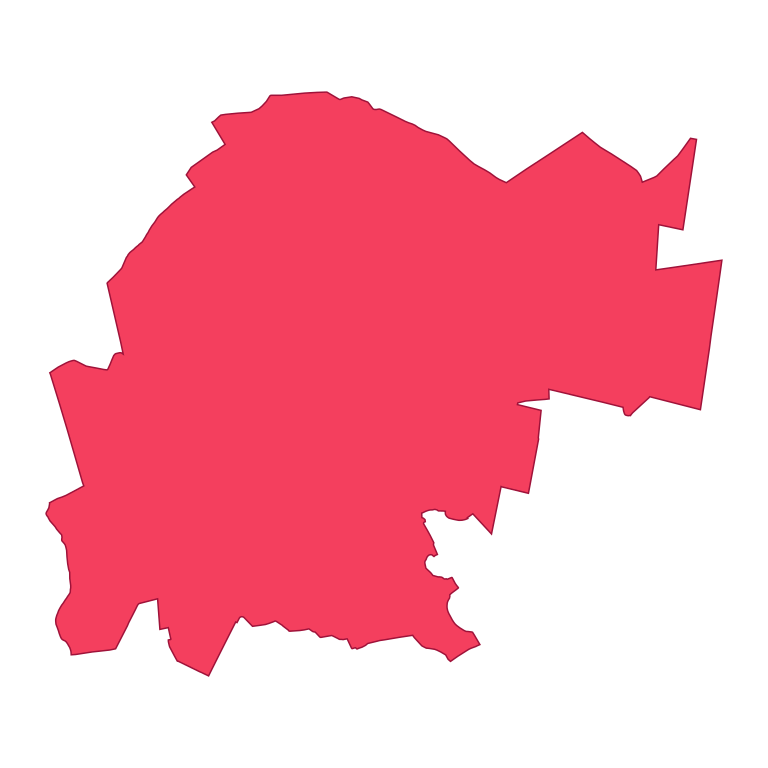 Terebesti, Satu Mare, Romania (Mercator projection)
{"feature_id": "2599482B23663096726600", "entity_name": "Terebesti", "entity_type": "district", "adm_level": 2, "iso_a3": "ROU", "parent_name": "Romania", "parent_adm1": "Satu Mare", "projection": "mercator", "projection_center": [22.739, 47.671], "detail": "fine", "context": "isolated", "style": "filled", "palette": "rose", "viewbox_px": 768, "rotation_deg": 0, "n_neighbors": 0, "source": "geoboundaries", "source_scale": "gbopen_adm2", "svg_char_len": 5989}
<svg xmlns="http://www.w3.org/2000/svg" viewBox="0 0 768 768"><path d="M211.8,122.3L225.1,144.4L217.1,150.1L212.7,152.1L191.2,167.4L186.3,174.9L194.8,187.0L191.8,188.9L183.7,194.3L180.3,197.0L178.8,198.4L177.4,199.3L171.7,204.1L167.3,208.5L164.0,211.3L162.9,212.4L160.5,214.4L158.6,216.3L157.4,217.9L154.8,222.1L151.8,226.0L149.3,230.1L148.1,232.5L146.7,234.5L145.3,237.1L142.3,241.9L139.0,244.5L138.4,245.3L136.8,246.5L135.4,247.7L133.6,249.5L131.3,251.3L129.8,252.6L128.1,254.7L127.4,256.2L126.4,257.4L121.9,267.9L120.7,269.4L113.0,277.4L107.8,282.3L107.1,283.2L120.7,342.2L123.2,354.1L121.2,352.8L120.0,352.7L118.9,352.9L117.1,353.3L115.6,353.7L114.9,354.2L113.7,355.6L111.7,360.3L110.1,364.3L108.0,368.9L107.7,369.4L107.0,369.9L103.8,369.5L96.7,368.1L88.5,366.6L86.1,366.1L76.6,361.3L74.4,360.4L73.4,360.4L70.7,361.1L68.9,361.7L66.0,363.0L58.2,367.1L49.8,372.8L50.3,373.9L59.6,404.1L67.3,429.8L74.6,455.0L82.6,482.7L83.8,485.9L66.0,495.4L62.1,497.0L57.4,498.6L49.5,502.8L49.6,503.7L48.9,507.7L47.8,509.9L46.5,512.1L46.1,513.2L46.1,513.6L46.3,514.6L47.2,516.1L47.8,516.7L48.5,518.2L50.0,520.9L51.4,522.5L55.1,526.7L56.6,529.1L59.7,532.8L61.6,534.8L62.0,537.2L61.8,538.6L61.7,540.0L61.9,540.8L64.3,543.6L65.2,544.9L66.0,547.6L66.6,550.3L66.8,553.4L67.0,557.0L67.7,563.8L68.7,569.4L69.7,572.3L69.8,578.6L70.7,585.5L70.7,587.9L70.4,589.4L70.4,590.0L70.2,592.5L68.9,594.7L67.7,596.3L66.3,598.6L65.8,599.1L63.1,603.3L61.7,605.1L60.1,607.8L58.6,610.6L57.7,613.2L56.8,615.3L56.0,618.1L55.7,619.5L55.7,621.2L56.0,624.2L57.2,627.3L58.4,630.6L59.3,633.6L60.5,636.8L61.4,638.6L62.4,639.6L63.7,640.3L65.0,640.9L66.2,641.9L67.7,644.0L68.5,645.5L69.6,647.3L70.2,648.8L70.7,650.4L71.0,651.7L71.2,654.8L75.5,654.5L87.9,652.6L92.5,651.9L99.1,651.2L109.8,650.0L115.6,648.8L127.4,625.8L128.7,622.7L132.7,614.9L135.2,610.0L137.5,605.3L138.5,603.9L139.3,603.5L157.6,598.8L159.9,629.4L168.3,627.6L170.5,637.7L170.9,639.1L170.6,639.5L170.2,639.6L169.4,639.7L168.3,640.0L168.4,641.8L169.2,645.3L169.6,646.8L174.8,656.6L177.3,661.1L177.7,661.2L177.9,661.1L199.8,671.8L200.6,672.1L208.6,675.9L212.2,668.6L223.4,646.3L235.7,622.0L237.0,622.6L239.5,617.8L240.1,617.2L240.8,616.9L241.5,616.7L242.7,616.8L243.5,617.1L244.1,617.6L252.5,626.3L259.4,625.4L265.4,624.5L269.0,623.4L273.6,621.7L275.1,621.0L275.9,621.2L277.1,621.9L282.4,625.4L282.9,626.0L288.3,630.1L288.7,630.8L289.7,631.2L299.9,630.5L304.1,629.9L308.8,628.9L309.3,629.1L312.2,631.2L313.1,631.7L315.2,632.1L319.9,637.1L320.4,637.3L320.8,637.4L331.7,635.5L333.3,636.2L338.1,638.6L339.1,639.2L339.7,639.4L341.5,639.4L343.1,639.6L346.7,638.9L347.2,638.9L351.4,647.9L352.0,648.6L352.5,648.6L354.9,647.8L355.4,647.7L355.8,648.0L356.3,648.5L357.0,649.0L359.2,648.1L362.0,647.2L364.3,646.0L365.6,645.3L367.7,643.5L377.1,641.2L379.8,640.5L384.0,639.9L399.4,637.3L412.7,635.3L413.2,636.1L414.4,637.7L421.8,645.8L423.2,646.6L426.2,648.1L429.2,648.4L434.7,649.3L436.9,650.1L440.6,651.9L445.7,654.9L448.1,659.3L450.5,661.4L454.9,658.3L457.9,656.2L467.2,650.3L468.8,649.3L470.9,648.3L476.1,646.4L476.3,646.2L479.9,644.6L474.4,635.2L472.6,632.3L471.9,632.0L468.0,631.5L466.0,631.4L463.9,630.4L459.9,627.9L456.8,625.6L455.1,624.0L453.8,622.3L452.3,620.0L450.0,615.7L449.1,614.1L448.3,612.4L447.6,610.5L447.1,608.1L447.0,606.0L447.2,603.5L447.4,602.4L447.7,601.5L448.6,599.6L449.1,598.9L449.5,598.2L449.9,596.0L449.7,595.1L449.8,594.7L451.9,592.9L458.0,588.3L458.4,587.8L458.3,587.5L456.6,585.4L455.2,583.4L452.3,577.9L452.1,577.6L451.9,577.5L451.6,577.5L447.1,579.3L446.7,579.0L446.3,578.8L446.0,578.8L445.3,579.0L444.4,579.0L443.6,578.5L442.6,577.7L441.7,577.2L441.1,577.1L439.6,576.9L438.1,576.9L433.0,575.5L432.5,575.1L432.4,574.8L430.8,572.8L426.1,568.4L425.9,568.1L425.0,564.0L424.8,562.4L424.9,561.7L425.1,561.1L425.9,559.8L426.3,559.1L426.4,558.6L427.0,557.2L427.4,556.6L428.2,555.7L428.8,555.2L429.8,554.8L430.4,554.7L431.3,554.7L432.0,554.9L432.6,555.4L433.4,556.1L434.0,556.5L435.3,555.4L437.4,554.5L436.9,553.2L433.7,545.6L433.5,544.7L433.5,544.0L433.7,543.3L433.8,542.7L430.2,535.5L427.4,530.4L423.6,523.8L423.6,523.0L423.9,522.4L424.4,522.0L425.3,521.7L425.0,519.6L423.4,518.2L421.9,517.6L421.7,513.1L422.4,512.9L425.7,511.3L427.6,510.6L429.4,510.1L430.9,509.9L432.3,509.9L434.6,509.4L435.0,509.4L436.6,509.8L437.3,510.1L438.2,510.8L438.5,510.9L443.4,511.0L445.4,511.3L445.3,511.8L445.3,512.8L445.4,514.1L445.7,514.8L446.5,516.1L447.4,517.0L448.5,517.8L449.2,518.2L453.5,519.3L456.5,519.9L458.7,520.3L460.1,520.3L462.1,520.2L464.1,519.8L465.6,519.4L467.8,518.5L467.3,517.7L472.8,513.8L491.5,534.0L501.1,486.5L501.9,486.9L528.4,493.3L528.5,493.0L538.6,439.1L538.3,437.7L541.1,410.4L517.4,404.6L517.8,402.9L525.7,401.0L536.8,400.0L544.8,399.4L549.1,398.9L548.8,389.3L602.3,402.1L623.1,407.3L623.2,408.5L623.6,411.0L624.1,412.6L624.5,413.8L625.1,414.7L625.9,415.2L627.5,415.6L628.8,415.7L629.6,415.5L630.5,415.6L631.0,414.7L632.6,412.8L649.0,397.7L649.7,396.7L700.4,409.7L709.4,348.6L711.0,336.0L716.7,296.9L719.9,274.5L721.9,260.2L678.1,266.7L655.8,269.9L658.7,224.7L682.9,229.8L696.5,139.4L690.5,138.3L682.9,148.9L677.7,155.9L674.4,158.9L663.9,168.9L656.8,176.0L654.1,177.4L642.3,182.2L640.5,176.2L638.8,173.5L636.6,170.5L630.9,166.5L611.4,153.9L605.2,150.2L600.3,147.2L594.6,142.7L589.7,138.7L582.4,132.4L549.1,154.3L526.7,168.9L506.3,182.7L499.4,179.5L496.0,177.5L489.8,172.9L484.6,169.8L478.1,166.3L474.0,163.9L469.8,160.4L459.4,150.8L449.3,141.0L446.9,138.9L445.4,138.1L438.4,134.8L425.8,131.4L422.7,130.0L418.1,127.5L415.2,125.4L412.3,124.0L408.7,122.8L405.3,121.4L397.5,117.5L381.3,109.6L379.8,109.1L378.8,109.1L376.3,109.5L374.7,109.5L373.4,109.2L372.6,108.4L369.2,103.8L367.8,102.1L361.9,99.9L359.2,98.4L351.8,96.8L344.0,98.0L342.9,98.4L341.1,99.2L340.0,99.5L339.1,99.3L327.1,92.2L326.2,92.1L316.9,92.4L304.7,93.1L281.5,95.3L273.0,95.3L271.5,95.3L270.6,95.4L269.9,95.9L266.4,101.4L262.2,105.9L259.0,108.7L251.2,112.3L237.7,113.2L225.4,114.4L220.8,115.1L218.7,116.9L214.6,120.9L211.8,122.3Z" fill="#f43f5e" stroke="#9f1239" stroke-width="1.5"/></svg>